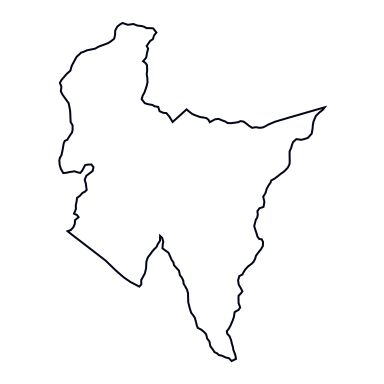 outline of Ipu, Ceará, Brazil
{"feature_id": "56859067B13578671451293", "entity_name": "Ipu", "entity_type": "district", "adm_level": 2, "iso_a3": "BRA", "parent_name": "Brazil", "parent_adm1": "Ceará", "projection": "natural_earth1", "projection_center": [-40.662, -4.382], "detail": "fine", "context": "isolated", "style": "outline", "palette": "ink", "viewbox_px": 384, "rotation_deg": 0, "n_neighbors": 0, "source": "geoboundaries", "source_scale": "gbopen_adm2", "svg_char_len": 3584}
<svg xmlns="http://www.w3.org/2000/svg" viewBox="0 0 384 384"><path d="M67.6,231.2L70.7,233.7L76.3,238.0L83.3,243.4L105.5,260.5L116.4,271.0L123.7,277.3L130.3,281.9L139.3,286.6L141.3,284.4L141.2,280.0L143.2,276.5L144.9,273.3L146.1,268.2L146.2,265.3L146.4,261.6L147.7,257.6L150.0,254.6L152.2,251.5L154.3,249.1L156.4,247.1L157.7,244.2L160.0,240.7L160.1,235.9L162.1,237.8L163.3,241.7L162.7,244.8L162.5,248.4L168.5,252.7L170.0,256.1L171.6,259.8L173.3,262.2L174.1,265.3L176.5,268.0L179.0,270.8L179.9,275.2L181.9,277.7L183.3,280.7L183.6,283.7L185.2,286.4L187.0,289.6L188.0,293.2L188.1,297.4L188.3,302.6L190.0,309.1L191.2,312.8L193.1,315.2L194.8,317.8L196.1,322.3L196.8,325.5L197.8,327.9L201.2,329.6L203.9,331.8L206.1,334.2L207.2,338.6L209.4,341.4L210.4,346.3L212.9,349.6L214.6,352.2L217.0,353.3L219.0,355.2L221.5,355.5L225.5,357.4L229.1,358.3L231.6,361.0L236.0,358.9L235.2,354.6L233.4,350.0L232.8,346.6L231.8,343.4L231.1,340.2L229.6,336.3L227.3,333.8L226.8,331.2L228.7,328.8L230.6,325.4L232.4,321.2L233.8,317.3L234.7,312.0L238.5,309.9L240.2,307.5L238.6,303.2L238.5,298.9L238.6,295.7L240.9,293.4L242.4,291.3L240.6,287.8L238.7,284.6L238.1,280.2L239.3,276.1L242.4,274.5L243.8,271.8L245.3,269.4L248.2,266.3L251.5,263.9L253.6,261.8L255.1,258.8L256.0,255.7L258.2,252.7L261.1,249.1L262.9,245.9L263.0,241.9L261.7,239.3L259.3,239.0L257.5,236.7L256.2,232.3L255.1,229.1L254.2,226.0L255.1,222.6L255.8,219.8L257.2,217.6L257.8,214.6L257.4,211.2L259.4,208.3L263.5,206.9L264.4,201.9L263.2,196.8L265.4,193.2L266.7,188.9L268.5,185.5L270.4,182.9L271.3,180.4L274.1,178.9L278.0,176.1L281.0,173.6L283.3,172.1L285.4,170.2L287.9,167.5L289.6,163.9L289.7,160.7L289.6,156.3L289.6,151.4L291.2,147.8L291.9,145.1L293.1,142.1L296.4,139.1L301.2,139.8L303.9,139.2L307.8,137.9L311.7,133.7L312.6,128.4L312.8,125.3L313.5,121.6L314.7,118.7L315.9,115.9L319.1,112.7L322.7,109.9L324.7,107.3L293.1,116.4L275.1,121.7L268.4,124.5L265.9,126.0L262.7,127.5L259.5,127.8L255.8,127.2L252.1,127.8L249.0,125.8L246.7,123.9L243.6,121.6L240.5,121.1L238.2,122.2L234.6,122.7L230.9,123.2L227.6,123.0L225.3,121.5L221.7,120.2L218.7,118.9L215.1,119.3L212.1,120.9L209.8,122.2L208.5,119.8L206.4,118.1L203.4,117.5L200.0,117.0L197.0,115.9L194.3,114.9L192.0,113.8L188.9,111.4L186.6,109.4L172.6,122.0L171.2,119.6L169.4,116.7L166.4,113.1L163.1,112.8L159.6,111.2L158.2,106.9L154.8,106.3L152.3,104.9L148.5,104.3L144.8,103.2L141.7,99.2L142.6,95.8L144.5,92.4L146.4,86.9L147.5,82.4L147.3,77.6L146.7,74.2L147.2,70.2L147.0,65.1L145.4,62.9L143.1,61.3L146.2,57.6L147.0,53.1L148.1,48.6L146.7,46.0L150.0,41.1L152.9,39.1L154.1,35.4L156.4,32.5L153.2,28.4L149.7,28.1L146.5,28.1L144.3,26.8L141.5,26.0L137.5,25.6L133.4,24.0L127.9,24.8L122.4,23.0L120.1,24.4L117.3,26.6L115.2,30.6L115.1,34.8L114.2,38.7L110.8,41.4L107.9,43.2L104.2,44.6L100.8,45.8L97.7,47.1L95.3,48.6L91.0,49.5L87.0,50.3L83.6,51.8L81.0,52.7L79.1,54.6L76.8,56.6L74.3,61.0L71.7,65.9L70.3,70.8L67.0,73.6L64.9,76.0L61.4,80.1L59.9,82.9L61.4,86.8L60.8,91.2L62.6,94.8L68.7,103.3L69.2,106.0L70.1,110.5L70.3,113.9L70.5,119.2L70.7,122.2L72.6,125.3L72.6,129.9L72.0,132.5L69.7,135.8L67.4,139.6L64.7,141.0L63.7,143.5L62.9,148.1L62.4,151.0L61.4,155.3L60.0,157.6L59.3,160.4L59.7,165.1L60.9,169.0L63.3,173.1L66.8,172.7L69.2,172.1L74.5,171.3L77.8,172.4L80.3,172.9L82.0,170.9L83.5,168.3L85.1,165.2L88.1,164.5L91.5,164.5L93.5,167.2L92.7,170.9L89.1,173.7L86.3,175.8L84.7,179.8L85.9,183.8L86.2,186.7L86.7,190.0L84.7,191.8L82.4,193.0L79.8,195.9L77.0,197.9L76.7,200.9L75.8,205.4L75.9,209.0L74.0,213.7L77.0,215.0L78.6,217.2L75.0,220.1L74.8,223.9L73.4,227.2L70.9,230.0L67.6,231.2Z" fill="none" stroke="#020617" stroke-width="2"/></svg>